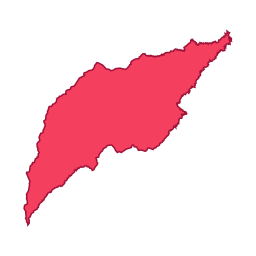 the district of Agustín Codazzi, Cesar, Colombia, rotated 177°
{"feature_id": "7082276B21922340436225", "entity_name": "Agustín Codazzi", "entity_type": "district", "adm_level": 2, "iso_a3": "COL", "parent_name": "Colombia", "parent_adm1": "Cesar", "projection": "robinson", "projection_center": [-73.375, 9.994], "detail": "fine", "context": "isolated", "style": "filled", "palette": "rose", "viewbox_px": 256, "rotation_deg": 177, "n_neighbors": 0, "source": "geoboundaries", "source_scale": "gbopen_adm2", "svg_char_len": 5794}
<svg xmlns="http://www.w3.org/2000/svg" viewBox="0 0 256 256"><g transform="rotate(177 128 128)"><path d="M206.3,152.2L206.2,151.5L207.6,148.6L207.5,147.2L209.1,145.3L209.8,140.7L211.6,139.5L211.6,138.0L210.8,136.7L210.5,134.3L211.3,133.5L211.5,132.3L213.0,129.8L213.0,128.3L214.6,127.2L215.5,127.2L217.3,123.5L216.7,120.0L218.7,118.4L219.7,116.9L219.6,113.4L219.0,112.4L219.2,110.6L217.9,108.1L219.1,106.7L219.1,103.8L220.3,103.8L220.8,102.5L222.1,102.0L223.4,98.3L224.8,98.6L225.6,97.7L225.6,96.6L227.6,95.1L228.7,89.7L230.3,88.8L231.3,89.2L231.8,88.3L228.7,79.8L229.5,77.7L229.3,76.8L230.2,72.1L230.8,70.3L232.8,67.2L232.7,63.9L233.1,62.8L232.4,60.5L232.5,57.4L235.3,56.2L236.0,53.1L234.3,49.6L234.6,48.6L234.3,44.7L235.0,43.0L234.2,41.8L234.1,39.5L233.3,38.5L233.1,36.4L231.6,38.2L231.6,41.7L232.1,42.6L231.3,43.9L230.4,44.3L228.9,47.7L226.8,48.7L226.8,49.8L226.0,50.4L223.1,51.7L222.8,52.7L221.6,53.5L221.5,55.3L220.9,55.6L220.6,56.8L217.4,59.2L217.4,60.0L216.9,59.7L216.5,60.4L215.7,60.6L214.9,63.1L214.1,63.2L212.4,65.3L212.6,65.8L212.1,65.8L211.3,67.2L209.8,67.9L209.0,67.7L208.9,68.2L208.1,68.0L207.1,70.1L203.9,72.1L201.0,72.8L200.6,73.5L198.9,74.1L198.2,73.2L196.4,73.7L195.8,75.0L195.1,75.1L193.9,76.7L194.3,78.0L193.3,78.7L192.4,78.6L191.6,79.6L191.2,81.2L190.0,81.3L189.0,83.6L188.3,83.0L187.0,83.7L186.2,85.1L183.7,87.0L183.6,88.8L182.7,89.2L181.9,88.1L180.7,89.5L180.6,90.5L179.2,90.2L177.5,91.8L176.9,91.4L174.3,91.4L172.7,92.7L171.1,92.2L170.9,91.5L169.5,91.5L168.3,89.9L166.7,89.5L165.9,87.5L164.4,88.0L162.8,90.8L160.8,92.9L160.1,94.5L161.1,95.9L160.9,97.5L161.6,99.6L161.0,100.2L158.9,100.4L158.2,103.1L156.1,105.6L154.9,106.3L153.5,108.8L150.9,109.9L149.7,111.6L145.5,111.9L144.8,111.5L142.3,108.3L141.5,106.0L139.9,104.1L137.9,104.9L136.0,103.9L130.6,107.1L125.7,108.3L125.0,110.4L124.4,110.6L123.5,110.7L122.8,108.9L120.3,108.5L118.7,105.2L115.7,105.3L112.2,103.9L110.8,104.4L109.1,107.0L108.0,106.9L104.0,105.2L102.5,106.9L101.4,106.7L100.3,108.1L98.1,108.8L97.4,109.5L97.1,110.9L94.6,112.0L93.9,113.3L93.3,113.2L92.8,113.8L92.3,115.3L91.1,116.0L89.5,118.1L89.0,118.0L88.0,118.9L87.2,120.8L87.7,121.0L87.4,122.6L86.5,123.3L85.7,123.0L85.5,124.0L84.6,123.7L83.1,124.7L82.5,126.0L81.8,126.3L82.3,126.6L82.2,127.0L81.6,126.7L81.6,127.1L80.6,126.1L80.8,126.9L80.2,126.6L79.5,127.4L79.8,128.4L79.0,128.1L78.5,129.3L77.1,129.7L77.1,130.4L77.7,130.5L77.0,131.5L76.6,133.4L76.8,133.8L75.3,135.3L73.8,134.9L73.2,137.5L73.8,138.8L72.5,139.1L71.8,138.0L71.1,138.4L70.5,140.1L69.7,138.8L69.0,138.7L68.6,139.3L69.5,141.1L72.3,141.9L72.3,143.0L73.3,143.3L73.7,144.0L74.9,143.5L75.0,145.1L77.4,147.1L77.3,148.1L77.9,149.0L77.5,149.5L78.1,149.8L77.6,150.4L77.1,149.6L76.3,150.7L75.7,150.2L75.0,150.4L75.0,151.2L74.6,151.6L75.0,153.2L73.7,154.8L72.5,157.6L71.8,157.0L70.5,158.8L68.8,158.4L68.1,160.0L66.9,160.5L67.1,160.8L65.6,159.6L65.5,160.3L65.0,160.2L64.7,160.7L65.4,161.2L64.2,161.9L65.1,162.8L64.2,163.9L62.0,165.0L62.6,165.8L62.4,166.3L59.1,165.2L59.5,166.5L58.6,167.2L58.9,168.8L57.9,169.0L57.5,172.1L55.2,173.7L54.5,174.7L54.9,175.7L53.1,176.5L52.7,177.4L53.1,178.7L52.8,179.4L53.3,180.1L52.7,181.2L52.0,180.1L51.7,180.2L51.3,181.5L50.6,181.3L49.0,182.5L49.7,183.3L49.1,183.7L49.3,184.4L46.4,184.9L44.8,185.9L44.8,187.1L44.3,187.2L44.8,188.1L44.6,189.1L43.2,189.7L42.8,191.5L41.7,190.2L40.6,190.3L39.7,191.6L37.9,192.1L37.4,193.3L36.5,193.4L36.9,194.7L35.4,195.7L34.9,198.0L34.5,197.3L34.1,197.8L34.5,198.4L32.7,199.0L32.5,200.2L31.9,200.0L31.6,200.8L31.1,200.5L30.7,201.1L29.8,201.0L29.2,200.0L27.2,200.4L27.5,202.5L26.8,202.7L27.4,203.0L26.7,202.9L26.4,203.5L27.2,204.1L26.3,204.2L26.8,204.9L26.2,205.0L26.2,205.8L25.5,205.9L24.8,206.9L23.3,206.7L23.1,205.7L22.6,207.3L21.7,206.6L21.9,209.7L20.5,209.4L21.7,211.4L20.4,211.8L20.1,211.3L20.0,211.8L20.8,212.9L22.2,212.1L22.0,212.8L22.4,213.2L21.9,213.6L23.1,215.2L21.7,217.9L22.3,217.9L24.0,219.6L24.0,217.6L25.3,216.8L25.7,217.1L25.6,216.7L26.0,216.7L25.5,215.2L27.4,214.7L27.1,213.9L28.9,213.7L31.8,211.0L32.8,211.1L33.2,209.0L34.7,208.5L36.0,209.1L35.8,209.5L36.2,210.0L37.6,209.6L37.8,209.1L39.0,209.2L39.1,208.4L39.9,208.6L40.3,207.7L41.8,208.7L42.3,208.3L43.4,208.5L43.7,207.6L44.5,208.7L46.1,208.4L46.0,208.9L48.4,208.2L48.4,208.7L49.0,208.4L50.2,209.2L50.7,208.9L50.5,208.6L51.5,208.5L51.1,209.1L51.6,209.5L51.8,208.8L52.5,208.8L53.4,207.3L53.6,207.7L54.3,207.3L54.5,207.7L54.7,207.3L54.7,207.8L55.3,207.9L55.3,209.2L55.7,209.0L55.9,209.6L56.4,209.7L56.3,210.4L58.9,212.3L58.8,213.1L59.4,213.2L59.6,212.1L60.0,212.6L60.8,212.4L60.8,211.3L61.6,209.7L62.8,209.3L66.0,206.5L66.6,206.6L67.4,205.1L67.8,205.2L67.2,203.2L67.6,203.1L67.8,201.8L68.7,201.9L68.9,202.5L69.3,202.4L70.3,203.1L71.0,202.4L71.8,202.7L72.0,203.5L73.6,202.9L74.2,203.8L74.9,203.5L75.0,204.0L75.7,203.9L76.2,204.4L77.5,203.8L78.3,202.9L78.4,202.3L81.3,202.6L82.2,201.2L86.3,201.3L88.3,200.1L88.3,199.2L88.8,199.4L89.8,198.9L89.7,199.5L90.3,199.9L91.9,198.6L93.1,198.5L93.4,197.9L95.0,198.5L96.6,197.5L97.1,198.1L97.4,197.6L98.8,198.5L99.4,198.1L100.5,199.0L100.9,198.7L101.8,199.3L102.7,198.5L103.5,199.3L104.6,198.8L105.0,199.3L106.5,199.6L107.2,201.3L108.0,201.0L109.1,201.4L111.3,199.7L111.6,198.8L113.1,198.2L113.5,196.8L116.9,196.5L120.2,195.0L121.4,193.9L121.9,192.6L121.7,191.5L122.9,191.2L123.4,190.1L125.9,187.5L127.5,186.7L133.0,188.2L137.6,187.9L139.4,186.5L142.4,186.2L143.7,187.6L146.6,188.0L150.1,192.2L154.5,194.7L155.7,194.9L157.9,192.3L158.8,189.8L160.6,187.8L164.3,187.3L166.1,186.1L168.9,185.3L169.4,184.0L168.6,183.2L168.8,182.6L173.9,180.4L179.4,172.7L182.3,172.1L183.1,171.2L183.5,169.7L186.6,169.1L187.8,168.4L188.4,166.6L188.0,165.2L191.0,165.0L193.5,163.2L194.8,163.3L195.3,162.3L197.3,161.4L198.4,157.6L200.6,155.9L201.9,155.7L203.1,153.7L205.5,153.6L206.3,152.2Z" fill="#f43f5e" stroke="#9f1239" stroke-width="1.5"/></g></svg>